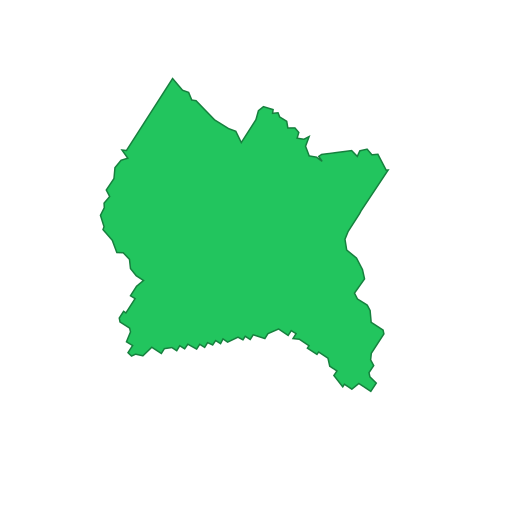 the district of Butte, California, United States of America, rotated 123°
{"feature_id": "52423323B88547646561946", "entity_name": "Butte", "entity_type": "district", "adm_level": 2, "iso_a3": "USA", "parent_name": "United States of America", "parent_adm1": "California", "projection": "orthographic", "projection_center": [-121.549, 39.724], "detail": "fine", "context": "isolated", "style": "filled", "palette": "green", "viewbox_px": 512, "rotation_deg": 123, "n_neighbors": 0, "source": "geoboundaries", "source_scale": "gbopen_adm2", "svg_char_len": 1810}
<svg xmlns="http://www.w3.org/2000/svg" viewBox="0 0 512 512"><g transform="rotate(123 256 256)"><path d="M111.2,226.2L117.3,225.3L115.5,233.2L135.1,256.3L138.3,257.6L140.6,252.1L140.2,259.2L143.1,265.9L137.0,274.2L126.9,276.5L132.0,279.4L134.8,285.7L129.1,287.4L127.4,293.1L131.3,299.0L126.3,303.6L126.5,311.9L123.9,315.5L127.3,319.8L123.9,321.4L126.7,331.1L132.8,333.1L141.7,330.3L168.9,330.1L162.4,340.9L164.1,348.4L164.4,364.8L158.4,390.9L160.2,394.8L155.5,401.6L157.0,407.9L152.6,422.6L238.1,422.1L240.1,426.1L243.8,416.8L249.2,421.3L258.7,422.4L268.4,417.3L282.2,417.5L285.8,411.1L294.4,412.2L298.2,409.5L306.6,408.6L314.2,399.4L317.2,398.7L321.1,385.1L328.9,374.6L325.6,369.1L327.7,360.3L334.9,354.4L337.8,345.7L337.8,337.0L346.4,339.7L357.7,339.6L357.6,334.2L374.6,334.1L374.5,336.9L382.5,336.9L385.4,334.1L385.3,322.7L388.0,319.9L398.5,317.9L398.3,310.7L406.8,310.7L407.7,305.9L403.9,303.5L401.3,296.5L389.3,293.7L389.3,282.3L383.6,282.4L378.6,276.7L378.6,270.9L372.8,271.1L372.7,265.3L367.1,265.1L366.4,255.1L360.7,255.1L360.6,249.3L355.0,249.4L354.2,243.9L348.9,243.8L348.8,238.0L343.5,238.5L343.7,232.9L333.9,226.9L333.4,221.3L329.2,221.3L329.2,215.4L323.6,215.4L320.4,203.6L314.6,203.7L304.9,197.3L305.1,185.8L299.4,185.8L299.3,180.1L305.1,180.0L302.2,174.3L302.4,162.7L305.3,162.7L305.3,151.3L302.4,151.2L302.5,140.0L308.3,134.1L308.3,125.5L313.8,125.6L318.5,112.0L315.4,112.0L315.5,103.1L306.9,100.3L307.0,86.0L297.1,85.9L295.3,94.7L292.3,97.7L283.8,97.6L280.7,103.3L274.8,106.3L251.7,106.3L248.9,109.1L248.9,123.3L239.6,130.6L236.6,136.0L236.8,147.5L233.5,153.2L216.1,152.5L209.4,159.3L203.0,170.6L201.6,183.2L193.5,190.5L185.3,192.1L164.1,192.2L160.8,192.5L111.9,192.0L113.1,193.6L104.3,209.2L108.0,213.9L105.9,221.0L111.2,226.2Z" fill="#22c55e" stroke="#15803d" stroke-width="1.5"/></g></svg>